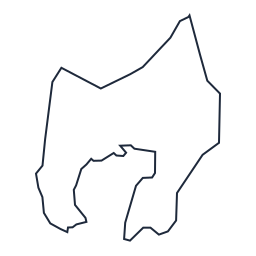 the district of Loga, Dosso, Niger
{"feature_id": "23599985B16490635358595", "entity_name": "Loga", "entity_type": "district", "adm_level": 2, "iso_a3": "NER", "parent_name": "Niger", "parent_adm1": "Dosso", "projection": "equal_earth", "projection_center": [3.398, 13.629], "detail": "fine", "context": "isolated", "style": "outline", "palette": "slate", "viewbox_px": 256, "rotation_deg": 0, "n_neighbors": 0, "source": "geoboundaries", "source_scale": "gbopen_adm2", "svg_char_len": 798}
<svg xmlns="http://www.w3.org/2000/svg" viewBox="0 0 256 256"><path d="M36.0,173.6L38.4,187.7L42.4,197.1L43.9,212.9L50.3,223.4L60.5,229.0L67.3,232.1L68.0,227.5L72.6,227.3L76.4,224.4L86.4,221.9L85.5,217.9L75.0,204.9L73.8,189.8L76.1,185.4L81.3,169.0L86.4,164.5L91.2,158.8L93.5,160.8L101.5,160.6L113.7,153.0L116.4,155.5L123.3,156.0L126.1,152.7L120.2,145.7L130.8,145.3L134.4,148.7L155.2,151.8L155.0,173.0L152.1,177.5L142.8,177.9L136.0,185.8L125.2,222.7L124.1,239.0L130.0,240.6L143.2,227.7L150.5,227.7L158.9,234.6L167.9,231.4L176.1,220.5L177.0,193.0L202.6,154.8L219.0,142.8L220.0,93.6L207.3,80.7L200.1,55.0L189.5,15.4L188.4,17.0L179.9,21.1L170.4,37.7L161.9,46.7L142.7,67.1L130.0,74.3L100.8,88.5L61.4,67.8L52.4,82.0L45.1,139.4L42.5,165.6L36.0,173.6Z" fill="none" stroke="#1e293b" stroke-width="2"/></svg>